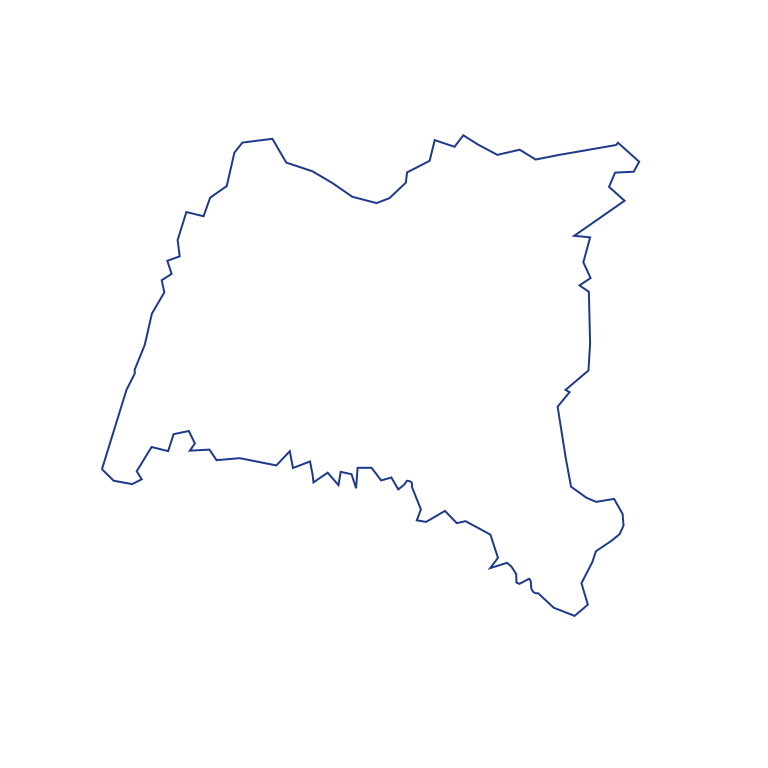 Westmoreland, Pennsylvania, United States of America (Albers equal-area conic projection), rotated 169°
{"feature_id": "52423323B66944309680505", "entity_name": "Westmoreland", "entity_type": "district", "adm_level": 2, "iso_a3": "USA", "parent_name": "United States of America", "parent_adm1": "Pennsylvania", "projection": "albers", "projection_center": [-79.479, 40.36], "detail": "fine", "context": "isolated", "style": "outline", "palette": "blue", "viewbox_px": 768, "rotation_deg": 169, "n_neighbors": 0, "source": "geoboundaries", "source_scale": "gbopen_adm2", "svg_char_len": 1760}
<svg xmlns="http://www.w3.org/2000/svg" viewBox="0 0 768 768"><g transform="rotate(169 384 384)"><path d="M112.9,518.0L125.5,534.6L116.8,547.4L98.4,544.7L91.1,553.5L108.3,576.2L110.7,574.3L169.4,575.5L192.3,575.4L206.1,588.1L229.0,587.3L245.9,601.0L258.7,613.0L269.5,603.4L287.7,613.7L296.6,594.4L321.0,587.3L324.1,577.5L343.2,565.4L356.8,563.0L379.5,573.9L396.3,591.1L413.6,606.4L437.7,620.0L446.8,646.0L476.9,648.0L486.7,639.7L500.6,608.3L519.1,600.1L529.1,583.1L545.2,590.5L559.1,564.7L560.2,548.3L573.2,546.3L571.5,532.6L582.4,528.3L582.2,515.8L598.4,497.4L611.4,468.0L626.1,445.5L626.6,441.9L637.9,427.4L676.9,354.6L676.8,353.7L667.8,340.6L650.3,333.8L640.0,336.7L643.4,345.5L624.2,366.5L608.7,359.3L600.1,374.9L584.5,375.1L581.0,361.7L587.3,355.6L567.9,352.9L562.9,341.2L539.7,338.7L505.2,324.6L489.3,336.0L489.4,318.9L471.4,322.1L471.4,308.5L472.0,300.9L456.2,307.7L448.0,293.4L443.3,306.0L433.1,301.7L431.3,287.0L425.9,306.8L412.2,304.1L405.2,289.9L394.6,290.8L390.1,277.8L383.6,281.2L380.0,284.5L379.5,284.6L376.9,283.4L375.6,281.8L375.4,280.7L376.3,277.8L371.7,253.9L377.8,243.9L369.0,240.6L348.4,247.8L339.1,233.5L330.1,233.8L308.3,215.8L305.3,191.6L314.9,183.0L297.4,185.0L293.7,180.4L290.5,172.2L291.9,163.8L289.2,162.0L278.9,165.1L278.3,164.7L277.7,162.8L277.6,160.6L278.1,158.2L278.4,155.4L278.0,153.3L277.1,151.5L275.8,150.1L273.4,149.2L272.6,149.2L260.1,132.0L241.2,120.0L226.0,128.5L228.2,150.8L213.5,169.4L207.9,179.4L190.4,186.8L181.3,191.7L175.9,199.3L174.6,210.9L179.8,226.4L180.1,227.3L198.2,227.8L207.1,233.8L220.0,247.5L219.7,277.2L217.9,328.6L203.4,340.6L206.9,343.6L180.7,358.3L174.0,384.3L165.3,435.4L173.3,443.5L161.0,448.6L165.1,465.4L153.7,488.6L169.0,493.2L112.9,518.0Z" fill="none" stroke="#1e3a8a" stroke-width="2"/></g></svg>